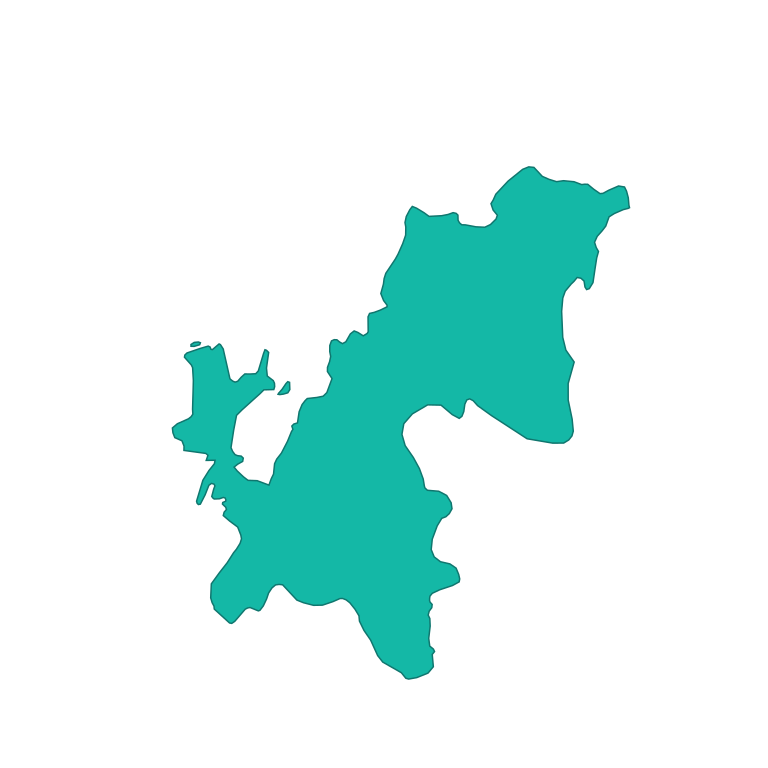 an SVG outline of Tajikistan, rotated 296°
{"feature_id": "TJK", "entity_name": "Tajikistan", "entity_type": "country or territory", "adm_level": 0, "iso_a3": "TJK", "parent_name": "Asia", "parent_adm1": "", "projection": "robinson", "projection_center": [70.744, 38.86], "detail": "fine", "context": "isolated", "style": "filled", "palette": "teal", "viewbox_px": 768, "rotation_deg": 296, "n_neighbors": 0, "source": "natural_earth", "source_scale": "50m", "svg_char_len": 4601}
<svg xmlns="http://www.w3.org/2000/svg" viewBox="0 0 768 768"><g transform="rotate(296 384 384)"><path d="M129.1,532.6L132.1,526.2L133.5,504.8L137.1,497.4L148.0,484.2L153.7,474.1L160.1,465.9L164.7,463.1L168.9,456.6L172.4,449.2L173.4,444.6L173.1,440.9L171.9,438.5L166.0,433.5L158.3,425.7L154.2,417.7L152.1,407.5L151.6,400.4L159.1,380.9L157.9,377.6L155.9,374.6L151.6,372.7L145.5,371.9L139.4,372.7L131.6,372.8L126.2,371.7L125.0,370.5L124.4,361.6L123.0,359.7L120.8,358.0L105.2,353.9L102.1,352.1L101.5,349.9L107.3,330.1L109.8,328.6L112.1,325.4L115.8,322.0L128.7,316.4L142.3,318.8L154.5,321.4L166.6,322.8L170.8,323.8L177.7,324.5L182.4,323.8L185.5,321.5L191.3,315.2L193.1,305.6L195.3,297.2L198.7,296.5L202.2,297.4L203.9,295.7L204.6,293.4L205.3,291.4L206.8,291.0L209.3,293.1L210.7,292.6L211.9,291.1L211.6,289.3L208.7,286.4L206.2,281.8L206.5,280.2L207.4,278.5L214.9,277.0L218.3,276.7L219.5,275.1L219.0,272.5L216.2,271.0L206.0,271.8L195.5,271.6L194.3,270.0L194.9,268.3L196.5,266.9L218.1,263.4L229.5,264.6L238.0,266.5L241.4,265.6L237.4,257.7L242.8,257.0L243.5,254.3L236.6,233.3L240.5,231.5L244.4,227.3L244.1,219.5L247.6,215.7L251.7,213.1L257.7,215.7L267.0,223.5L270.1,225.0L273.1,225.4L277.4,223.0L294.2,215.4L303.6,211.1L314.8,204.8L316.7,202.4L320.6,192.9L322.7,192.3L325.5,193.3L335.3,203.1L341.0,209.4L341.0,211.5L339.3,213.2L339.7,214.7L347.7,218.2L347.7,219.7L345.9,222.7L344.9,224.3L343.9,225.0L333.2,233.6L321.2,243.2L320.8,244.5L320.3,246.8L320.4,249.3L322.3,251.3L327.5,252.7L332.0,254.5L334.4,259.5L337.0,264.2L340.6,265.3L358.4,262.4L362.6,262.0L362.8,263.6L361.8,266.5L346.8,271.4L340.0,275.6L338.5,283.0L336.7,285.2L333.7,286.9L330.7,287.4L326.1,278.6L320.9,276.8L313.3,273.7L298.7,267.8L291.2,265.2L276.7,269.1L259.7,274.4L257.0,277.6L255.2,281.1L255.4,283.8L256.6,287.3L255.7,290.0L252.5,290.9L247.7,287.6L243.6,285.7L241.5,290.2L239.0,298.2L237.8,304.0L241.5,312.4L242.7,324.9L249.4,324.2L254.6,324.2L264.4,320.6L269.4,320.5L277.0,322.1L290.2,322.4L300.8,321.7L303.3,322.0L305.8,319.6L308.5,320.5L311.1,323.3L321.8,319.9L329.6,319.4L334.5,320.4L337.3,321.4L342.5,329.6L346.4,334.7L351.2,336.4L366.1,334.9L370.4,327.7L374.2,325.9L380.3,325.3L385.4,324.0L389.4,321.0L394.9,318.4L399.7,317.9L402.0,319.8L403.1,322.3L402.3,325.6L402.1,329.0L405.2,331.2L414.3,331.8L418.6,333.9L418.9,337.9L418.2,344.2L422.0,346.7L424.0,346.9L437.4,340.2L441.1,340.1L444.1,343.8L448.7,348.2L454.7,352.9L456.2,352.2L458.8,347.1L463.9,341.5L473.5,339.7L478.8,337.9L484.3,337.1L501.1,339.4L506.7,339.7L518.3,339.3L527.3,338.2L534.6,334.8L538.3,332.1L544.3,330.6L551.9,330.8L556.0,331.6L556.3,336.2L555.5,344.9L554.4,351.0L560.5,362.0L564.5,367.3L568.3,371.0L569.0,374.0L568.2,376.4L563.6,378.8L561.9,381.3L561.2,384.1L562.7,387.4L565.6,397.8L569.1,405.9L574.0,409.8L581.4,412.4L585.4,411.9L588.2,405.8L593.0,401.1L597.0,401.5L603.6,401.3L620.8,406.6L637.7,414.5L642.6,418.9L644.4,423.8L640.0,435.3L640.3,442.6L641.5,450.4L645.4,456.2L649.1,466.1L649.9,474.3L651.5,476.7L652.8,479.6L651.0,487.1L649.8,494.7L651.4,497.3L656.6,501.0L664.8,508.0L666.5,513.8L663.6,517.5L658.5,521.9L652.0,525.8L650.1,527.4L648.9,526.5L645.6,522.6L638.2,516.3L632.9,513.0L623.1,514.1L617.3,512.9L610.2,510.9L603.7,511.1L599.7,514.9L597.1,518.7L590.6,519.9L581.2,522.8L566.7,527.4L559.7,526.7L557.7,524.7L559.3,522.1L564.2,518.7L565.4,514.6L564.4,510.9L559.7,509.8L558.0,509.2L555.9,508.4L546.9,506.2L539.7,507.0L527.2,511.8L504.3,524.2L494.2,532.6L487.1,545.3L465.2,549.3L450.3,556.6L434.9,568.5L424.6,574.8L419.7,575.7L414.7,574.6L409.7,571.4L404.8,561.5L400.4,546.5L397.5,536.6L399.1,523.8L400.9,509.3L402.7,494.6L405.6,477.6L408.1,471.5L408.2,467.5L406.0,465.4L401.3,465.5L394.2,467.8L389.1,468.2L386.1,466.7L386.4,458.8L390.0,444.5L384.4,432.4L369.6,422.6L357.0,419.2L346.6,422.2L337.9,430.0L330.8,442.6L323.5,452.9L315.8,460.9L310.4,464.7L308.6,466.2L307.5,469.6L311.6,480.2L311.3,489.2L306.7,496.4L301.7,499.8L296.2,499.5L291.8,497.8L288.6,494.8L279.9,494.0L265.7,495.4L255.9,499.0L250.6,504.9L249.0,512.6L251.2,522.1L250.1,529.5L245.6,534.6L242.0,537.5L239.1,538.3L232.9,533.9L223.5,524.3L217.0,519.1L213.4,518.3L211.5,518.9L209.3,519.9L208.1,521.1L207.0,523.9L203.9,525.0L199.6,524.2L195.7,525.0L193.3,528.0L186.7,531.6L175.0,535.7L168.5,540.0L167.4,544.6L165.7,546.7L162.1,545.9L151.5,552.3L143.5,550.3L134.5,542.2L129.6,535.5L129.1,532.6ZM344.1,298.4L337.7,301.8L333.9,301.4L330.9,298.1L328.8,295.0L328.3,293.3L329.4,293.3L334.4,294.7L341.4,295.7L343.9,296.5L344.1,298.4ZM340.6,200.9L338.5,201.1L334.6,196.9L333.3,194.0L334.9,193.2L338.2,195.2L340.4,198.8L340.6,200.9Z" fill="#14b8a6" stroke="#0f766e" stroke-width="1.5"/></g></svg>